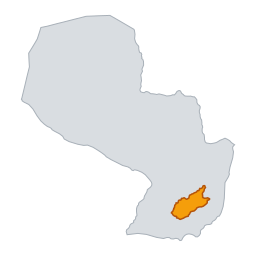 Paraguay, with Caazapá highlighted
{"feature_id": "PRY-618", "entity_name": "Caazapá", "entity_type": "Department", "adm_level": 1, "iso_a3": "PRY", "parent_name": "Paraguay", "parent_adm1": "", "projection": "albers", "projection_center": [-55.918, -26.161], "detail": "fine", "context": "in_parent", "style": "filled", "palette": "amber", "viewbox_px": 256, "rotation_deg": 0, "n_neighbors": 0, "source": "natural_earth", "source_scale": "10m", "svg_char_len": 5793}
<svg xmlns="http://www.w3.org/2000/svg" viewBox="0 0 256 256"><path d="M134.6,38.8L135.2,40.8L135.6,42.3L136.4,43.4L137.3,44.8L138.2,45.6L138.8,46.9L138.7,48.5L139.0,50.4L139.5,52.2L139.9,52.6L141.2,53.0L141.8,54.6L141.4,55.4L141.5,56.3L142.0,57.2L141.6,58.0L141.8,58.7L142.7,59.2L143.5,61.4L143.6,65.1L142.8,67.1L142.1,68.7L142.0,69.7L142.5,71.2L141.7,72.9L140.7,75.0L141.0,76.4L141.2,77.8L141.3,79.2L141.5,80.6L141.2,82.0L140.9,83.3L140.8,84.8L141.2,86.4L140.5,87.9L140.1,89.0L139.9,90.1L140.7,91.8L142.7,92.5L144.2,92.7L145.6,91.7L146.7,91.5L148.7,92.2L150.6,93.7L152.9,93.8L155.1,94.1L156.7,94.5L159.0,93.9L161.5,94.5L164.3,95.2L166.7,96.0L169.0,95.8L170.8,95.6L172.6,94.8L174.4,94.9L175.8,93.4L176.5,92.2L177.2,91.3L179.1,90.5L180.5,91.0L181.6,93.3L183.5,94.7L184.3,95.7L185.7,96.1L188.8,96.2L190.7,96.1L192.9,96.8L194.4,96.8L195.6,98.1L196.8,99.7L196.9,102.5L198.0,104.6L199.5,105.5L200.2,106.8L200.0,108.7L199.3,110.6L199.4,112.7L200.1,114.6L200.1,116.5L200.6,118.4L201.6,120.0L201.9,122.7L201.8,124.6L202.4,125.7L202.7,127.2L202.2,128.5L202.1,130.2L202.2,131.7L202.6,133.0L204.1,134.6L204.5,137.5L204.5,139.5L205.2,141.9L206.4,143.0L208.4,143.3L210.7,143.7L213.6,143.2L216.1,142.6L217.5,141.9L220.2,140.2L222.6,139.3L223.9,138.7L225.0,138.2L227.4,139.3L229.7,140.7L231.4,142.6L234.6,144.8L234.0,145.3L232.7,146.9L232.7,148.9L233.5,151.8L232.7,157.9L230.0,167.2L229.0,172.6L229.4,174.1L228.4,176.8L225.0,182.6L224.8,186.5L224.3,198.3L223.1,206.6L221.1,212.8L219.4,216.0L217.8,216.4L216.7,217.4L216.0,218.9L214.7,220.2L212.9,221.2L211.9,222.4L211.7,223.6L210.0,224.4L206.6,224.7L204.6,225.7L204.0,227.3L202.9,228.6L201.2,229.6L200.4,231.1L200.5,233.3L199.5,235.2L197.6,236.8L195.7,236.8L194.0,235.4L191.8,234.4L189.0,233.9L186.6,234.3L184.7,235.5L183.0,237.5L181.6,240.2L180.0,240.6L178.2,238.8L175.9,238.3L173.2,239.0L171.0,238.8L169.4,237.6L166.9,237.5L163.5,238.5L156.7,237.4L146.4,234.4L137.8,233.4L127.1,234.7L126.2,231.5L126.7,229.7L128.4,228.4L129.5,226.9L129.9,225.2L131.0,223.9L133.0,223.0L133.8,222.1L133.5,221.2L133.9,220.4L135.0,219.7L135.6,218.6L135.7,217.1L136.1,216.3L136.9,215.8L136.9,214.7L136.5,211.6L136.5,209.0L137.0,206.9L137.6,205.7L138.1,205.4L138.5,204.6L138.6,203.4L139.3,202.3L142.7,199.9L144.0,198.6L144.1,197.4L144.6,195.8L146.6,192.4L147.2,190.8L147.2,190.0L147.9,189.2L150.4,187.3L151.7,185.5L151.9,183.8L151.3,182.0L149.8,179.9L145.3,174.7L141.9,172.3L137.5,170.4L134.5,169.8L133.2,170.6L131.8,170.1L130.3,168.3L127.9,166.9L122.7,165.5L111.0,159.6L106.3,156.8L104.7,155.0L100.3,151.8L93.1,147.3L87.5,145.1L83.7,145.4L77.6,144.2L69.1,141.6L64.2,139.0L62.8,136.4L59.5,133.8L54.5,131.2L51.9,129.6L51.6,128.7L50.1,127.6L47.3,126.4L44.2,124.1L40.8,120.9L37.1,115.9L33.0,109.1L28.8,104.5L24.3,102.3L22.1,100.8L22.1,100.0L21.4,99.3L21.9,97.9L23.2,92.5L25.1,84.6L27.0,76.5L29.4,66.9L29.0,60.2L28.7,53.2L32.4,47.2L35.0,42.9L37.3,38.9L39.5,32.1L40.9,27.5L47.3,26.2L58.0,23.4L63.3,22.1L74.6,19.2L86.1,16.3L98.2,15.8L109.9,15.4L119.2,20.7L126.2,24.8L133.9,29.3L134.4,30.3L135.0,34.3L134.6,38.8Z" fill="#d9dde1" stroke="#a8b0b8" stroke-width="1"/><path d="M200.5,188.6L201.7,188.2L202.0,188.0L202.2,187.8L202.3,187.6L202.6,187.3L202.7,187.2L202.8,187.0L202.7,186.8L202.8,186.5L203.2,185.8L204.1,185.6L204.3,185.6L204.7,185.7L204.8,185.8L204.8,186.0L204.9,186.4L205.0,186.7L205.3,187.1L205.4,187.3L205.5,187.5L205.4,187.7L205.3,187.9L204.6,188.5L204.4,188.8L204.3,189.1L204.3,189.8L204.2,190.1L203.8,191.3L203.7,191.6L203.5,191.8L203.0,192.2L202.9,192.3L202.4,193.4L202.3,193.9L202.3,194.2L202.4,194.4L202.5,194.6L202.6,194.9L202.5,195.2L202.5,195.4L202.7,196.0L202.7,196.3L202.6,197.0L202.7,197.3L202.8,197.5L203.9,198.0L204.3,198.2L204.5,198.3L205.0,198.2L205.8,198.2L206.5,198.1L206.9,198.0L207.7,197.8L207.8,197.8L208.0,197.9L208.1,198.0L208.3,198.3L208.5,198.4L208.7,198.5L209.1,198.5L209.3,198.6L209.5,198.7L209.6,198.9L209.6,199.1L209.5,199.4L209.3,199.6L208.0,200.3L207.7,200.3L207.6,200.2L207.4,200.2L207.4,200.3L207.3,200.5L207.3,200.9L207.3,201.0L207.2,201.3L207.2,202.6L207.2,202.8L207.0,203.1L206.8,203.3L205.8,204.3L203.7,205.9L203.3,206.2L201.6,206.8L201.1,206.9L200.8,206.9L200.4,206.8L200.0,206.8L199.5,206.9L198.4,207.2L197.0,207.8L196.7,208.1L196.5,208.7L196.3,208.9L195.9,209.3L194.7,210.5L194.3,210.8L193.9,211.0L192.2,211.3L191.0,211.7L190.6,211.9L190.1,212.8L190.0,213.0L189.7,213.7L189.5,214.1L189.2,214.4L188.9,214.7L188.6,214.9L188.5,215.2L188.3,216.1L188.1,216.3L187.7,216.4L186.9,216.5L185.4,217.0L183.4,218.2L180.5,219.3L180.1,219.3L179.7,219.2L179.3,219.0L178.6,218.4L178.4,218.3L176.6,217.9L176.5,217.6L176.6,217.4L176.7,217.1L176.7,216.9L176.7,216.7L176.5,216.4L176.0,216.3L175.3,216.3L174.9,216.2L174.6,216.1L173.5,215.4L173.1,215.0L172.6,214.3L172.4,213.9L172.2,213.5L172.1,213.4L171.4,212.9L171.6,212.3L172.0,212.0L172.2,211.8L172.7,211.4L172.9,211.1L173.0,210.7L173.1,210.4L173.2,210.1L173.3,209.9L173.6,209.5L173.7,209.2L173.8,209.0L173.7,208.7L173.7,208.3L173.8,208.2L174.3,207.8L174.4,207.6L174.5,207.3L174.6,206.3L174.8,205.3L175.0,205.0L175.9,204.0L176.0,203.8L176.1,202.9L176.9,202.9L177.6,203.0L177.9,202.8L178.1,202.6L178.3,201.4L178.4,200.9L178.7,200.5L179.0,200.2L179.3,200.1L180.5,200.1L180.9,199.9L181.1,199.7L181.2,199.4L181.2,199.1L181.3,198.8L181.5,198.4L181.9,198.3L182.1,198.4L182.2,198.5L182.5,198.4L183.7,197.9L184.0,197.8L184.3,197.8L184.5,197.9L184.6,198.0L185.3,198.5L186.3,199.2L186.8,199.2L188.1,198.5L188.8,198.1L188.9,197.8L189.4,195.7L189.5,195.4L189.8,195.1L190.1,195.0L190.9,194.7L191.2,194.5L191.6,194.1L191.9,194.0L192.8,193.8L193.1,193.7L193.7,193.2L194.0,193.0L196.3,192.1L196.6,191.9L197.0,191.2L197.5,190.7L197.8,190.6L198.0,190.6L198.4,190.7L198.7,190.6L199.0,190.4L199.1,190.1L199.4,189.2L199.6,188.8L199.7,188.7L199.9,188.4L200.5,188.6Z" fill="#f59e0b" stroke="#b45309" stroke-width="1.5"/></svg>